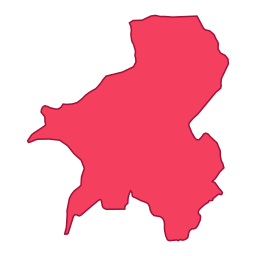 the border of Taraba
{"feature_id": "NGA-2848", "entity_name": "Taraba", "entity_type": "State", "adm_level": 1, "iso_a3": "NGA", "parent_name": "Nigeria", "parent_adm1": "", "projection": "albers", "projection_center": [10.823, 8.016], "detail": "fine", "context": "isolated", "style": "filled", "palette": "rose", "viewbox_px": 256, "rotation_deg": 0, "n_neighbors": 0, "source": "natural_earth", "source_scale": "10m", "svg_char_len": 2757}
<svg xmlns="http://www.w3.org/2000/svg" viewBox="0 0 256 256"><path d="M223.9,167.9L219.8,171.9L215.4,178.5L214.0,179.8L212.7,180.8L212.2,181.4L212.6,181.8L214.2,182.1L215.2,183.0L218.8,188.1L221.5,191.1L222.4,192.8L221.7,194.5L221.1,194.7L220.5,194.6L219.8,194.3L219.1,194.2L218.1,194.5L217.3,195.0L214.3,197.7L213.3,198.4L213.0,199.0L212.9,199.7L212.5,200.3L212.0,200.5L210.9,200.5L210.2,200.7L209.4,200.6L209.1,200.7L208.8,201.0L208.6,202.0L208.3,202.3L204.2,204.9L199.9,208.9L198.6,210.7L198.2,212.6L198.7,213.7L200.3,215.5L200.6,216.7L200.4,218.7L200.0,220.6L197.9,225.3L196.3,227.7L194.3,228.7L191.6,229.0L189.7,230.5L188.7,232.9L188.2,235.9L187.8,237.5L186.4,238.8L184.6,239.7L182.9,240.1L182.1,240.1L180.5,239.7L179.8,239.6L179.5,239.8L178.8,240.5L178.3,240.6L177.8,240.6L177.0,240.1L176.7,239.9L174.6,240.2L170.2,240.6L168.3,240.4L167.2,239.3L165.8,235.9L164.6,230.4L164.4,227.7L164.5,224.8L164.2,221.5L162.9,218.6L160.5,216.7L153.9,215.5L151.7,213.2L150.2,210.1L149.6,206.9L148.4,204.1L146.1,202.5L140.3,200.3L135.4,197.7L133.6,197.1L132.3,196.1L131.9,192.6L130.6,190.9L129.6,192.9L128.7,195.5L128.1,198.1L127.7,203.6L127.4,203.8L127.0,203.9L126.5,204.2L125.7,205.4L125.1,206.4L124.8,207.5L124.8,209.1L106.6,209.3L104.7,208.7L103.2,207.6L102.4,206.2L101.4,201.0L100.9,199.8L99.9,199.6L98.2,200.5L80.9,215.2L79.3,215.9L77.9,215.5L76.5,214.8L74.9,214.7L73.5,216.2L68.2,233.1L68.1,233.4L67.2,234.1L64.7,234.1L64.7,233.9L66.4,227.2L67.2,215.2L67.0,210.7L69.4,198.4L71.5,194.3L74.4,190.7L77.9,188.1L81.0,185.3L81.5,176.9L84.3,168.4L81.2,160.2L74.0,153.7L67.7,145.8L59.8,140.2L49.0,139.0L38.2,139.2L35.5,139.8L30.7,141.9L28.5,142.4L27.6,140.8L31.5,135.0L34.0,132.9L44.2,126.2L45.6,124.9L45.4,123.0L44.9,121.7L45.0,120.4L44.8,116.8L41.1,112.1L41.4,109.9L42.1,108.0L43.3,106.5L45.0,105.7L48.5,106.9L50.1,107.8L52.1,108.2L54.2,108.8L56.2,109.1L58.2,109.0L61.1,107.2L63.0,104.1L66.8,104.4L72.1,104.0L77.2,102.6L81.7,99.1L85.8,95.0L90.5,91.6L95.5,88.9L97.4,87.1L101.1,82.7L102.7,80.1L106.1,76.1L122.4,72.1L133.5,66.7L135.9,62.1L135.8,59.3L134.9,55.0L135.4,52.8L135.4,50.7L133.4,43.9L132.2,42.0L131.6,39.9L130.9,34.6L131.4,30.0L130.9,26.3L129.4,22.9L133.2,20.5L142.1,20.2L150.7,16.1L155.3,15.4L160.2,16.5L165.0,16.5L172.5,17.1L197.0,16.1L203.5,28.3L205.3,29.9L207.6,30.3L209.9,31.0L214.0,34.6L216.4,39.8L217.7,41.8L218.4,44.0L218.1,46.5L218.1,49.0L220.6,53.1L225.0,55.3L227.9,58.9L228.4,63.8L221.4,78.5L220.9,83.4L221.2,86.0L220.6,88.3L215.9,92.2L197.8,114.1L193.2,118.2L189.3,122.8L188.7,125.0L191.7,132.6L194.6,137.6L196.5,139.6L198.8,139.8L200.6,138.2L202.2,136.3L203.6,134.1L205.8,133.1L208.3,134.2L210.0,136.4L216.9,142.8L220.3,151.0L220.3,155.7L221.2,160.5L223.0,164.2L223.8,167.8L223.9,167.9Z" fill="#f43f5e" stroke="#9f1239" stroke-width="1.5"/></svg>